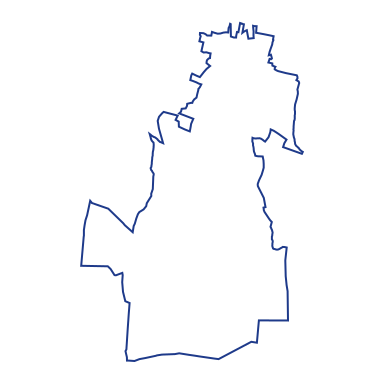 Tixcacalcupul, Yucatán, Mexico
{"feature_id": "50627088B72641444034530", "entity_name": "Tixcacalcupul", "entity_type": "district", "adm_level": 2, "iso_a3": "MEX", "parent_name": "Mexico", "parent_adm1": "Yucatán", "projection": "robinson", "projection_center": [-88.305, 20.412], "detail": "fine", "context": "isolated", "style": "outline", "palette": "blue", "viewbox_px": 384, "rotation_deg": 0, "n_neighbors": 0, "source": "geoboundaries", "source_scale": "gbopen_adm2", "svg_char_len": 5760}
<svg xmlns="http://www.w3.org/2000/svg" viewBox="0 0 384 384"><path d="M288.0,320.5L287.6,291.2L286.6,285.1L285.7,276.2L285.3,260.5L285.5,258.5L286.7,247.5L284.9,247.1L284.3,247.0L283.6,247.0L282.8,246.9L282.5,247.1L281.8,247.6L280.4,248.3L279.9,248.7L279.1,249.1L278.4,249.4L277.8,249.6L277.4,249.6L276.4,249.6L275.7,249.4L275.3,249.3L274.9,249.1L274.6,249.0L273.8,248.9L273.5,248.8L273.1,248.5L272.4,246.4L272.3,245.7L272.4,244.7L272.4,243.4L272.7,242.0L272.7,240.9L272.3,239.9L271.9,239.4L271.9,238.1L271.9,236.8L271.9,236.5L272.2,235.8L272.3,234.5L272.5,233.3L272.6,232.5L272.5,232.0L272.2,231.0L272.2,230.7L272.0,230.2L271.8,229.5L271.3,228.7L271.1,227.9L270.9,227.6L270.8,227.4L270.5,226.8L270.6,226.5L271.8,222.0L270.2,220.3L269.7,219.6L268.9,218.5L264.5,211.9L264.1,210.9L263.8,210.1L263.7,208.8L263.5,207.6L265.5,207.1L263.8,197.9L259.4,189.2L257.9,186.2L257.7,184.7L257.9,183.3L258.2,182.7L258.5,181.8L259.0,180.4L259.6,179.1L261.6,174.9L262.7,171.3L263.0,170.3L263.7,167.7L263.7,164.0L263.5,160.5L263.2,159.0L262.7,156.5L259.2,156.3L258.5,156.3L258.3,156.3L258.2,156.3L257.4,156.2L256.4,156.0L255.3,155.7L255.0,154.2L254.4,152.6L254.3,152.3L254.0,151.7L253.9,151.1L253.8,150.0L253.7,149.8L253.7,148.8L253.5,147.3L253.4,146.7L253.1,145.7L253.0,144.9L253.1,143.9L253.0,143.4L252.7,142.4L252.4,141.6L252.3,141.0L252.4,140.5L252.4,140.2L252.4,139.4L252.4,138.7L252.5,137.8L253.4,138.2L253.8,138.3L255.7,138.5L256.1,138.5L257.3,138.3L257.9,138.3L258.6,138.3L258.8,138.3L259.4,138.2L260.0,138.4L260.5,138.5L261.0,138.7L261.4,139.0L261.8,139.2L262.7,139.8L263.3,140.3L263.6,140.5L264.0,140.9L265.1,141.6L268.5,137.3L269.5,134.5L270.3,132.2L270.5,130.9L270.7,129.4L273.8,130.8L276.9,132.8L278.7,134.0L286.5,139.6L284.3,143.3L283.1,147.1L301.9,153.8L302.8,151.9L302.1,151.5L301.2,150.9L300.6,150.3L299.6,149.4L298.8,148.1L298.1,147.6L297.7,147.1L297.4,146.8L297.1,146.6L296.4,146.0L295.9,145.5L295.6,144.8L295.1,143.9L295.0,142.5L294.8,141.6L294.6,141.0L294.6,140.0L294.4,138.7L294.1,138.0L293.9,137.5L293.8,136.9L293.3,134.4L293.3,133.6L293.4,132.2L293.5,131.4L293.6,130.1L293.4,129.3L293.6,128.2L293.6,126.4L293.8,124.1L294.0,121.3L294.2,120.5L294.5,120.2L294.7,119.0L294.8,118.0L294.7,117.3L294.8,116.6L294.7,116.1L294.7,115.7L294.9,114.7L295.0,113.8L295.0,112.7L295.0,111.1L294.8,110.6L294.7,109.0L294.8,107.3L295.1,104.4L296.6,99.5L297.9,93.8L297.8,91.4L297.6,90.5L297.4,89.4L297.7,88.5L299.2,83.0L298.7,81.5L296.4,80.1L297.5,78.3L297.4,76.7L296.8,75.3L285.9,73.1L278.1,71.1L276.5,70.4L274.7,69.3L274.8,67.9L275.2,67.1L275.4,66.8L272.4,65.6L272.3,63.4L268.4,62.5L269.6,58.9L271.1,59.2L271.9,58.5L271.7,57.5L270.9,54.7L268.8,55.3L269.6,51.9L270.7,48.6L272.2,44.5L272.5,42.3L273.4,40.1L273.0,39.7L273.6,36.2L269.4,35.3L263.4,34.1L258.5,33.2L256.1,32.8L256.6,26.2L254.3,26.1L253.1,25.8L253.2,27.7L253.6,31.6L253.5,34.2L253.5,35.6L253.7,38.1L248.4,38.7L247.8,35.7L246.8,30.2L245.4,30.8L243.7,31.8L242.4,32.8L243.9,24.3L242.9,24.1L242.2,23.7L241.6,23.8L241.3,23.4L240.1,23.0L238.4,32.2L237.0,32.0L236.2,35.9L236.1,37.5L233.8,37.5L230.9,36.5L230.7,25.8L230.7,24.1L230.1,23.8L229.6,26.0L228.6,28.0L228.2,32.5L226.0,32.3L223.4,32.6L220.4,33.5L217.7,33.7L214.2,32.7L212.0,31.9L211.3,35.6L207.1,35.5L205.6,34.2L203.5,33.2L200.0,33.0L199.9,34.8L200.7,36.2L200.1,38.2L199.4,41.3L203.4,42.4L201.4,51.2L203.6,52.5L206.4,52.3L209.0,53.1L210.6,53.4L210.2,55.7L210.0,58.1L208.8,58.4L207.8,59.3L207.0,60.2L206.7,61.2L206.5,63.1L210.1,66.0L206.6,68.9L203.8,72.1L199.9,77.1L196.5,75.7L192.2,73.6L191.3,75.4L190.3,80.1L192.7,80.9L196.5,82.4L198.8,83.6L201.3,84.4L199.8,87.3L198.3,89.1L198.4,89.7L197.2,94.3L196.5,97.6L194.2,99.4L192.8,101.4L192.3,102.9L190.8,102.9L187.2,103.8L187.0,105.9L185.7,108.4L181.7,108.8L181.0,111.7L179.2,113.4L193.3,118.8L191.1,123.9L190.7,126.6L189.8,131.4L186.7,130.2L184.7,129.4L178.9,126.7L178.7,121.6L175.6,119.9L177.7,115.6L163.6,111.9L163.1,112.4L162.5,112.9L161.9,113.5L161.3,114.2L159.7,116.0L159.0,116.9L157.7,120.9L158.9,128.3L159.2,129.5L163.1,143.2L162.4,142.9L161.6,142.5L160.8,142.2L159.9,141.9L159.5,141.5L159.1,141.1L158.2,140.3L157.9,139.9L157.6,139.6L157.5,139.3L156.9,138.8L156.3,138.3L155.2,137.5L154.6,137.2L153.7,136.9L152.9,136.4L152.2,136.0L151.5,135.5L150.5,134.6L149.7,134.0L150.0,135.0L150.1,135.3L150.2,135.9L150.4,136.3L150.5,136.9L150.7,137.6L150.8,138.3L151.0,138.7L151.1,139.1L151.1,139.4L151.5,140.1L151.7,140.6L152.2,141.2L153.0,142.1L153.5,142.5L153.7,144.3L153.7,145.3L153.7,146.1L153.6,146.3L153.6,146.8L153.6,147.1L153.6,147.7L153.4,148.9L153.4,149.3L153.3,150.0L153.1,150.8L153.0,151.3L152.8,152.1L152.8,152.4L152.8,153.2L152.7,153.6L152.7,154.0L152.7,154.3L152.7,154.9L152.7,155.5L152.4,156.7L152.2,157.9L152.2,159.0L152.1,159.7L152.0,160.4L151.9,161.5L151.8,162.3L151.8,162.7L151.8,163.5L151.6,165.0L151.4,165.9L151.4,166.8L151.1,167.3L150.7,167.9L150.7,168.3L150.7,168.7L151.0,169.2L151.1,169.6L151.3,170.2L151.9,170.7L152.1,171.2L152.6,172.2L153.1,172.8L153.6,173.6L153.7,174.0L153.7,174.4L153.6,175.1L153.3,176.5L152.8,189.1L151.2,193.8L151.3,196.0L146.8,203.2L146.2,206.2L143.6,209.4L141.7,210.6L139.3,212.1L137.9,214.2L136.3,218.5L134.8,223.7L133.7,226.0L132.7,232.2L124.8,225.2L123.2,223.2L108.3,208.7L91.9,203.0L91.2,202.0L90.2,200.8L87.1,215.3L85.5,220.2L84.6,225.2L83.9,230.0L83.9,235.6L83.7,236.8L81.2,265.8L107.8,266.3L110.6,269.0L114.5,275.1L115.9,275.3L122.3,272.9L122.7,275.1L122.2,282.2L122.4,284.5L123.0,291.8L125.3,301.2L129.6,303.0L128.8,313.2L127.7,329.1L126.4,349.4L125.5,351.1L126.0,353.4L126.9,357.2L127.0,360.6L128.7,360.6L134.5,361.0L139.5,359.1L145.0,358.1L155.8,355.8L156.9,355.4L162.0,354.6L174.9,354.1L179.2,353.3L188.7,354.8L194.9,355.7L199.3,356.4L214.6,358.6L218.6,359.1L251.3,341.8L256.9,342.7L258.9,320.4L288.0,320.5Z" fill="none" stroke="#1e3a8a" stroke-width="2"/></svg>